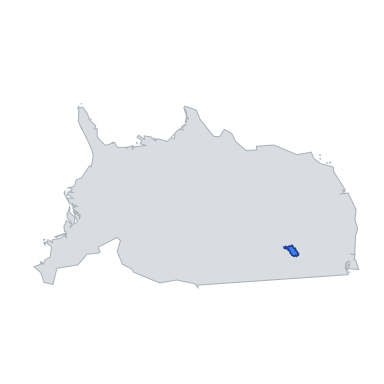 Beaverhead, Montana, United States of America (highlighted), rotated 176°
{"feature_id": "52423323B11002176870348", "entity_name": "Beaverhead", "entity_type": "district", "adm_level": 2, "iso_a3": "USA", "parent_name": "United States of America", "parent_adm1": "Montana", "projection": "equal_earth", "projection_center": [-112.883, 45.148], "detail": "fine", "context": "in_parent", "style": "filled", "palette": "blue", "viewbox_px": 384, "rotation_deg": 176, "n_neighbors": 0, "source": "geoboundaries", "source_scale": "gbopen_adm2", "svg_char_len": 5893}
<svg xmlns="http://www.w3.org/2000/svg" viewBox="0 0 384 384"><g transform="rotate(176 192 192)"><path d="M310.9,127.2L332.1,125.3L337.2,109.5L345.9,112.2L348.4,121.9L354.7,128.5L347.0,130.8L347.0,132.7L345.1,130.4L343.9,134.3L338.1,137.0L335.9,147.0L340.4,151.3L342.7,150.8L341.7,148.9L342.6,149.8L343.3,151.9L336.5,153.3L334.8,151.0L334.6,154.1L326.7,154.9L321.3,158.9L321.6,156.6L320.7,155.1L320.1,160.6L321.9,161.6L322.2,166.2L319.1,172.3L314.2,168.5L316.1,164.8L313.6,167.4L315.5,171.6L317.7,174.0L318.4,176.7L314.8,186.7L315.4,180.4L310.4,174.5L312.1,168.4L308.3,170.2L311.2,179.4L306.9,176.6L305.5,176.9L306.3,174.0L306.1,173.2L305.1,175.4L305.4,177.3L311.9,180.9L310.8,182.5L307.7,179.3L306.6,178.8L310.5,182.6L312.1,183.4L311.6,185.7L309.5,183.9L312.8,187.4L312.2,187.9L310.6,186.1L306.8,185.3L311.8,188.7L314.7,188.5L318.8,197.1L315.3,190.5L316.8,194.8L311.2,193.9L315.7,198.2L317.5,197.0L315.6,200.8L310.2,199.4L313.6,201.5L311.2,203.4L314.6,204.9L308.9,205.8L306.7,212.1L301.4,213.8L292.3,225.4L290.8,224.1L288.0,234.8L288.0,237.4L290.5,245.7L300.5,270.4L299.0,283.6L295.2,284.3L290.7,277.3L289.5,271.4L283.3,264.6L285.0,261.6L282.3,261.7L282.6,253.1L275.4,244.6L265.6,246.6L263.4,241.6L253.5,241.2L254.6,239.3L253.0,241.2L248.7,242.1L248.3,238.3L247.8,241.0L234.3,241.7L240.2,243.6L238.5,247.1L243.1,250.5L241.1,252.4L235.9,247.8L235.8,251.3L229.1,249.8L225.0,245.3L222.9,247.6L213.0,244.2L207.6,249.0L209.0,247.7L205.8,246.4L204.7,252.5L198.9,256.4L200.3,255.2L196.3,254.6L197.8,256.7L193.4,259.3L192.0,266.0L189.9,265.0L191.7,266.8L192.3,273.1L194.3,276.9L193.0,278.2L181.9,273.4L179.0,264.2L166.7,246.1L160.8,245.1L155.4,252.2L148.2,247.5L144.8,239.2L135.2,229.6L124.4,229.5L124.5,233.1L107.2,233.2L84.8,221.9L70.2,223.4L68.2,217.2L62.1,211.5L49.3,207.0L49.4,202.7L39.1,183.6L39.5,181.6L41.7,184.1L40.4,180.0L45.1,179.6L36.3,180.1L29.5,162.7L31.4,153.5L29.3,143.4L32.0,136.8L34.0,118.4L38.3,118.9L33.6,117.9L35.2,113.0L33.5,113.1L31.1,103.0L41.5,104.7L39.2,110.0L42.8,106.2L42.3,110.7L39.8,111.8L41.5,112.0L43.6,110.1L44.4,105.6L41.9,98.7L192.8,98.7L192.5,96.1L195.9,100.4L213.5,105.3L230.5,103.5L255.9,116.1L257.4,119.4L266.3,124.7L270.8,137.7L266.7,148.4L269.9,151.9L289.5,143.5L287.8,138.5L289.5,137.6L301.0,137.3L310.9,127.2ZM329.5,157.1L332.9,156.6L321.2,159.8L330.7,155.9L329.5,157.1ZM42.5,103.0L43.8,105.8L43.6,106.2L41.8,104.1L42.5,103.0ZM194.1,275.8L192.4,270.3L192.3,267.1L192.7,270.4L194.1,275.8ZM347.9,131.2L348.2,132.7L347.6,132.4L347.9,131.2ZM225.3,246.9L225.6,248.2L224.5,247.2L225.3,246.9ZM54.2,211.9L55.7,211.2L55.8,211.4L54.2,211.9ZM52.7,211.4L52.1,212.3L51.6,211.5L52.7,211.4ZM339.8,153.6L339.0,154.5L338.7,154.3L339.8,153.6ZM193.0,264.3L192.3,266.8L194.1,261.9L193.0,264.3ZM297.5,262.2L299.4,267.1L297.2,261.7L297.5,262.2ZM61.7,215.8L62.3,217.1L61.6,215.9L61.7,215.8ZM299.7,284.3L298.6,285.9L300.4,282.6L299.7,284.3ZM319.7,200.1L318.6,201.9L319.1,197.5L319.7,200.1ZM41.1,100.7L41.1,101.5L40.5,101.1L41.1,100.7ZM197.9,257.7L195.8,258.8L197.9,257.3L197.9,257.7ZM343.2,154.0L343.3,155.1L342.2,154.8L343.2,154.0ZM61.6,219.4L62.1,220.9L61.4,219.5L61.6,219.4ZM195.4,259.7L194.5,260.4L195.2,259.4L195.4,259.7ZM318.2,178.6L317.2,181.0L318.2,177.7L318.2,178.6ZM207.0,250.1L205.7,251.1L207.6,249.4L207.0,250.1ZM288.4,236.1L288.4,238.0L288.1,236.7L288.4,236.1ZM315.1,205.2L314.7,205.6L315.9,204.1L315.1,205.2ZM269.1,246.2L267.5,247.2L266.8,247.0L269.1,246.2ZM248.0,241.8L247.7,242.1L246.7,242.0L248.0,241.8ZM287.7,271.6L288.0,273.0L287.4,271.3L287.7,271.6ZM243.9,244.5L243.7,245.8L243.5,243.5L243.9,244.5ZM296.2,287.8L295.3,287.9L296.6,287.5L296.2,287.8ZM322.0,167.1L321.5,168.2L322.1,166.6L322.0,167.1ZM317.6,202.2L317.1,202.7L317.6,202.2Z" fill="#d9dde1" stroke="#a8b0b8" stroke-width="1"/><path d="M96.4,131.8L96.4,131.7L96.2,131.5L96.3,131.3L96.5,131.1L96.8,130.9L97.0,130.9L97.2,131.0L97.3,131.0L97.6,131.0L97.8,131.0L98.0,131.1L98.3,131.0L98.5,131.2L98.8,131.3L98.9,131.1L98.9,130.9L98.9,130.7L99.0,130.6L99.3,130.4L99.5,130.4L99.7,130.5L99.9,130.6L100.0,130.6L100.4,130.7L100.6,130.6L100.8,130.6L101.0,130.6L101.5,130.5L101.6,130.4L101.8,130.6L102.0,130.8L102.0,130.7L102.3,130.7L102.6,130.6L102.6,130.4L102.8,130.5L103.1,130.5L103.3,130.4L103.4,130.5L103.5,130.5L103.8,130.6L104.0,130.6L103.8,130.4L103.7,130.4L103.6,130.2L103.7,129.9L103.8,129.8L103.9,129.7L103.8,129.4L102.2,129.4L102.2,128.8L100.8,128.8L100.6,128.8L100.6,128.5L100.0,128.5L100.0,127.9L99.9,127.9L99.9,127.2L99.1,127.2L99.1,126.6L98.4,126.6L98.3,124.7L98.3,124.4L98.1,124.0L97.9,124.0L97.7,124.1L97.4,124.0L97.3,123.9L97.0,123.7L97.0,123.3L97.1,123.1L97.1,122.9L97.1,122.7L97.0,122.3L96.8,122.2L96.7,122.1L96.7,121.9L96.5,121.7L96.4,121.7L96.1,121.6L95.9,121.6L95.7,121.4L95.4,121.4L95.2,121.2L94.8,121.0L94.8,120.8L94.3,120.8L94.2,120.9L93.9,121.1L93.8,121.3L93.6,121.3L93.4,121.3L93.3,121.6L93.2,121.7L92.9,121.4L92.9,121.2L92.7,120.8L92.5,120.4L92.4,120.4L92.3,120.6L92.4,120.8L92.1,120.9L92.0,121.0L91.9,121.0L91.6,121.1L91.4,121.1L91.2,121.3L91.0,121.5L90.9,121.5L90.7,121.8L90.5,121.6L90.4,121.5L90.2,121.8L90.2,122.1L90.1,122.3L90.2,122.5L90.3,122.5L90.2,122.7L90.3,122.7L90.5,122.7L90.7,122.8L90.8,122.8L90.8,123.0L90.7,123.1L90.6,123.4L90.8,123.4L91.0,123.4L91.0,123.6L91.0,123.8L90.9,123.9L91.0,124.1L90.9,124.2L91.0,124.3L91.2,124.6L91.2,124.8L91.4,125.2L91.4,125.3L91.5,125.4L91.6,125.5L91.9,125.8L92.0,125.9L92.0,126.0L92.1,126.3L92.3,126.4L92.5,126.4L92.4,126.5L92.6,126.7L92.6,126.8L92.8,126.8L92.8,127.0L92.8,127.3L92.8,127.5L92.7,127.6L92.5,127.8L92.7,128.2L92.9,128.4L93.1,128.4L93.3,128.5L93.3,128.8L93.6,128.7L93.9,128.5L94.0,128.6L94.3,128.7L94.3,128.8L94.5,128.9L94.6,129.0L94.7,129.4L94.8,129.4L94.8,129.5L94.9,129.8L95.0,129.9L95.0,130.0L94.9,130.0L95.0,130.3L95.1,130.5L95.3,130.7L95.3,130.8L95.2,130.9L95.2,131.0L95.3,131.1L95.3,131.3L95.6,131.5L95.8,131.6L96.0,131.6L96.0,131.8L96.3,131.8L96.4,131.8Z" fill="#3b82f6" stroke="#1e3a8a" stroke-width="1.5"/></g></svg>